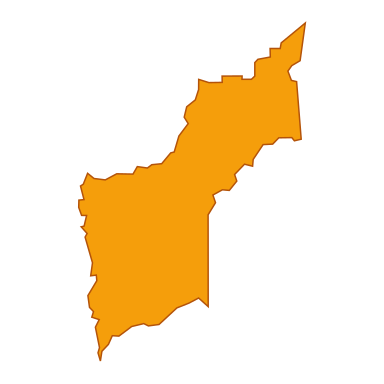 outline of Yuba, California, United States of America
{"feature_id": "52423323B63323326586067", "entity_name": "Yuba", "entity_type": "district", "adm_level": 2, "iso_a3": "USA", "parent_name": "United States of America", "parent_adm1": "California", "projection": "orthographic", "projection_center": [-121.36, 39.279], "detail": "fine", "context": "isolated", "style": "filled", "palette": "amber", "viewbox_px": 384, "rotation_deg": 0, "n_neighbors": 0, "source": "geoboundaries", "source_scale": "gbopen_adm2", "svg_char_len": 1164}
<svg xmlns="http://www.w3.org/2000/svg" viewBox="0 0 384 384"><path d="M305.3,23.0L281.2,42.9L280.2,48.5L270.1,48.5L270.3,57.0L257.9,59.3L254.8,62.6L254.8,76.1L251.4,79.3L242.0,79.3L242.1,76.0L222.1,76.1L222.2,82.4L208.9,82.6L198.7,79.4L198.6,89.6L195.3,99.9L186.7,106.8L184.2,117.2L188.2,123.6L178.9,136.0L174.2,152.0L170.7,152.9L161.7,163.7L151.8,164.7L147.4,168.0L137.3,166.6L133.0,174.1L116.7,173.8L105.3,179.9L94.0,178.5L87.6,173.3L83.3,184.2L80.5,186.0L84.0,199.6L78.9,200.1L78.7,207.4L81.6,215.4L86.6,215.5L84.1,226.1L81.2,226.8L87.1,233.5L85.1,237.1L92.5,262.8L90.7,275.8L96.3,275.1L96.8,280.7L87.9,295.6L89.5,307.4L93.5,311.6L91.8,317.2L99.2,319.6L95.4,327.2L99.5,347.6L98.0,352.8L100.4,361.0L101.9,351.3L108.4,344.4L112.3,335.7L118.9,336.1L131.7,326.5L143.8,323.6L148.4,325.9L159.0,324.5L176.9,307.9L189.0,303.1L198.6,298.0L208.2,306.6L208.1,214.8L215.5,202.7L212.9,195.0L222.4,189.8L229.3,190.4L236.8,181.1L234.6,174.5L244.5,164.2L252.6,166.2L253.2,159.4L263.1,144.6L272.7,144.1L278.8,137.8L291.8,137.6L294.4,140.8L301.2,139.2L296.6,81.6L291.4,80.4L287.9,71.1L291.8,65.6L300.1,60.7L305.3,23.0Z" fill="#f59e0b" stroke="#b45309" stroke-width="1.5"/></svg>